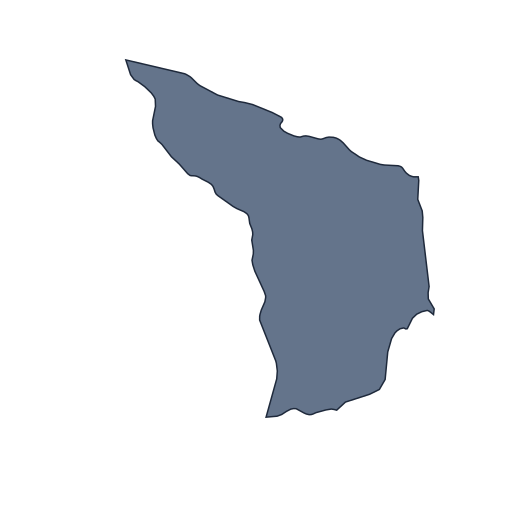 Maldonado, orthographic projection, rotated 289°
{"feature_id": "URY-20", "entity_name": "Maldonado", "entity_type": "Department", "adm_level": 1, "iso_a3": "URY", "parent_name": "Uruguay", "parent_adm1": "", "projection": "orthographic", "projection_center": [-54.808, -34.45], "detail": "fine", "context": "isolated", "style": "filled", "palette": "slate", "viewbox_px": 512, "rotation_deg": 289, "n_neighbors": 0, "source": "natural_earth", "source_scale": "10m", "svg_char_len": 2145}
<svg xmlns="http://www.w3.org/2000/svg" viewBox="0 0 512 512"><g transform="rotate(289 256 256)"><path d="M383.7,383.6L380.4,385.3L362.2,390.5L352.7,398.5L346.7,401.2L334.2,405.1L283.5,429.6L277.3,430.7L271.5,432.9L264.0,441.7L258.4,442.9L259.7,439.3L260.3,437.1L260.3,435.6L257.3,430.9L253.3,426.9L248.1,424.2L236.5,422.7L235.8,421.4L236.1,419.1L234.1,415.9L231.2,413.7L228.5,412.4L222.1,411.1L208.2,411.8L181.3,418.3L170.0,416.1L162.3,408.5L147.0,388.1L136.5,382.5L136.3,379.7L135.8,377.0L133.2,372.2L127.4,363.7L125.2,361.4L124.1,359.9L123.3,358.0L123.0,355.0L123.2,352.5L124.7,343.7L124.0,341.3L122.5,338.7L118.9,335.3L114.5,331.9L111.4,328.1L106.9,318.0L146.6,315.6L154.2,313.6L161.2,310.2L163.3,308.8L196.6,280.3L200.2,279.1L202.2,278.8L206.5,278.6L215.6,279.3L219.7,278.7L221.5,278.1L225.1,275.3L241.2,259.9L246.7,255.8L250.7,253.6L257.0,252.8L260.5,251.7L269.7,246.8L275.1,246.0L277.6,245.0L280.3,243.3L284.7,239.5L290.0,236.8L291.7,235.6L293.0,233.7L294.0,230.2L294.6,222.5L295.4,218.2L300.6,200.5L301.5,198.3L303.1,196.5L305.8,194.5L307.8,192.7L309.2,190.5L310.2,186.9L311.2,179.6L311.7,177.7L312.0,175.7L312.1,173.8L311.9,172.3L311.6,171.1L310.8,168.5L310.7,167.4L311.6,164.6L317.9,153.6L322.3,143.7L330.9,130.7L332.2,127.8L332.8,125.9L334.6,123.6L337.4,121.0L343.7,116.9L347.3,115.2L350.2,114.2L364.7,112.3L371.6,109.6L373.7,107.4L376.1,103.9L379.9,95.7L382.4,87.7L382.7,85.4L383.2,83.3L386.6,78.4L399.0,69.1L405.1,129.4L404.9,131.2L404.1,135.1L403.4,137.0L400.1,143.8L399.4,145.7L398.8,147.7L395.7,167.3L396.4,189.3L397.4,195.4L398.1,203.5L396.9,225.0L395.4,235.0L394.6,236.2L393.9,236.8L392.6,237.1L391.0,236.8L389.3,236.1L387.3,236.1L385.3,237.1L383.1,241.6L382.3,245.9L381.9,252.8L382.2,256.3L382.8,259.0L384.8,261.8L385.8,264.0L386.4,267.2L387.0,276.7L387.5,279.3L388.4,280.8L390.9,283.9L392.2,286.3L393.4,290.5L393.6,293.5L393.3,296.0L392.8,298.1L391.3,301.7L386.8,309.7L385.8,312.1L383.3,321.5L382.5,329.4L383.1,343.7L383.8,347.7L387.6,361.0L387.7,362.9L387.5,364.6L386.8,366.0L384.5,369.1L383.3,371.2L382.1,374.7L382.0,377.5L382.2,379.4L383.6,383.3L383.7,383.6Z" fill="#64748b" stroke="#1e293b" stroke-width="1.5"/></g></svg>